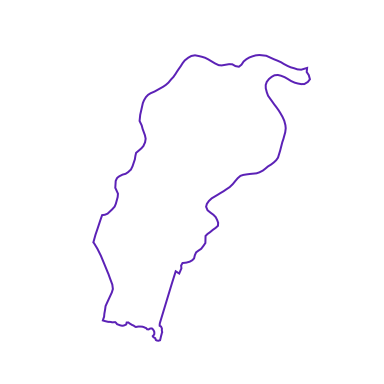 Anamã, Amazonas, Brazil (Albers equal-area conic projection), rotated 107°
{"feature_id": "56859067B85259643543975", "entity_name": "Anamã", "entity_type": "district", "adm_level": 2, "iso_a3": "BRA", "parent_name": "Brazil", "parent_adm1": "Amazonas", "projection": "albers", "projection_center": [-61.675, -3.474], "detail": "fine", "context": "isolated", "style": "outline", "palette": "violet", "viewbox_px": 384, "rotation_deg": 107, "n_neighbors": 0, "source": "geoboundaries", "source_scale": "gbopen_adm2", "svg_char_len": 3247}
<svg xmlns="http://www.w3.org/2000/svg" viewBox="0 0 384 384"><g transform="rotate(107 192 192)"><path d="M335.9,202.5L335.6,201.4L335.3,200.1L335.3,198.6L335.5,197.2L335.6,196.0L336.4,194.8L336.1,193.3L334.8,192.1L334.2,190.5L334.8,189.2L335.8,188.0L336.6,187.3L337.8,186.8L339.0,186.5L340.1,186.8L341.3,187.4L342.1,186.5L342.6,184.4L344.1,183.3L344.3,182.2L344.1,180.7L343.1,179.2L341.2,179.3L339.9,179.4L338.2,179.5L337.1,179.5L335.9,179.6L334.8,179.5L333.4,180.3L331.3,180.9L329.7,182.3L329.4,183.8L328.0,184.2L326.7,184.4L286.1,184.5L272.6,184.4L273.7,180.4L268.1,179.8L265.5,180.9L262.7,180.3L261.2,176.8L259.3,173.8L257.2,171.8L254.9,170.6L251.6,170.8L248.5,170.4L246.2,168.7L243.6,166.6L240.1,165.3L236.9,164.3L233.6,165.2L230.1,166.2L227.6,164.9L225.3,163.1L222.1,161.0L219.4,158.9L216.7,157.3L213.8,158.0L211.5,159.7L209.1,162.0L207.5,164.9L206.4,168.1L204.9,171.8L202.0,174.2L199.0,174.3L195.6,173.2L192.3,171.3L187.0,166.5L184.7,164.5L182.0,162.0L179.7,160.2L176.3,157.4L172.3,155.2L168.8,153.8L165.4,152.3L162.4,150.4L160.7,148.0L159.1,144.7L157.7,141.6L155.3,135.8L153.5,133.3L150.8,130.5L148.1,128.6L145.3,126.8L142.6,124.4L139.8,122.4L137.0,120.8L134.0,119.8L130.5,119.8L126.8,119.8L122.4,120.0L118.0,120.2L114.6,120.1L111.6,120.2L107.7,120.3L103.7,121.0L100.8,122.2L96.9,124.6L95.4,125.9L93.7,127.4L90.6,130.7L88.6,133.0L86.3,136.0L84.1,139.1L82.0,141.8L79.8,144.7L77.7,147.4L74.8,149.6L71.2,151.8L68.1,152.8L64.8,152.7L61.4,151.4L58.6,149.5L56.3,147.3L55.0,144.2L54.8,141.0L55.1,137.0L55.9,133.5L56.9,129.7L57.4,125.8L57.3,122.6L56.9,119.1L55.9,116.1L52.9,113.4L49.7,112.2L46.1,114.5L43.7,117.4L39.7,118.2L43.1,123.3L43.9,127.0L43.8,130.4L43.9,134.1L43.5,137.5L42.7,141.7L41.9,144.7L41.4,148.7L41.1,152.4L40.0,160.8L40.7,164.5L41.3,167.6L42.7,171.0L44.7,174.0L46.6,176.5L49.1,178.8L52.1,180.8L55.8,181.9L58.5,183.8L58.9,187.3L58.1,190.8L58.9,193.9L62.3,200.7L62.9,203.6L62.3,207.6L60.4,215.3L59.8,218.8L59.8,222.1L60.0,225.3L60.4,229.1L62.1,232.4L64.6,234.8L68.3,237.4L71.4,238.6L75.1,239.6L78.1,240.6L81.0,241.5L84.0,242.3L86.1,243.0L87.4,243.4L90.4,244.9L94.3,246.5L97.2,248.3L99.7,250.3L101.9,252.4L106.8,257.1L109.7,260.5L111.9,262.4L114.7,263.8L118.3,264.7L121.3,265.0L133.3,264.1L139.4,262.9L143.0,259.6L146.2,257.6L151.5,253.6L154.6,251.9L158.3,251.4L160.3,251.7L162.2,251.9L164.9,253.1L167.8,254.9L170.9,256.9L174.0,256.7L177.5,256.2L184.8,256.4L188.5,257.0L189.4,257.6L191.7,258.9L194.0,260.8L195.7,263.5L198.3,266.2L199.8,267.3L200.8,267.8L203.7,268.2L206.6,267.5L210.4,266.6L213.1,264.2L215.3,262.3L218.6,261.6L225.5,261.4L228.6,261.7L232.0,263.3L237.4,266.4L239.2,268.6L240.4,271.2L245.8,271.4L254.8,271.6L261.0,271.8L269.0,271.6L269.6,270.7L273.1,266.8L274.0,265.8L279.6,260.5L287.0,254.4L293.0,249.5L294.9,247.9L298.0,245.6L303.9,241.1L307.9,239.3L309.6,239.3L311.5,239.3L323.2,240.9L326.4,241.3L329.4,240.8L334.2,240.2L337.0,239.6L339.2,239.7L340.9,239.7L340.9,237.6L340.7,234.3L340.3,232.9L340.0,231.5L340.0,230.3L339.5,228.9L338.9,227.4L339.3,226.4L340.3,225.0L340.4,223.2L340.5,221.8L340.4,220.2L340.1,219.0L339.2,217.6L337.9,216.2L335.9,216.3L335.4,214.7L336.0,213.1L336.3,211.9L336.7,210.3L336.8,208.8L337.3,207.5L337.5,206.2L336.3,203.9L335.9,202.5Z" fill="none" stroke="#5b21b6" stroke-width="2"/></g></svg>